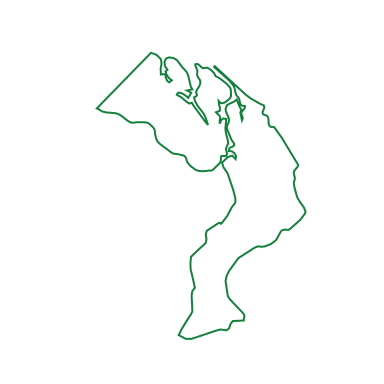 an SVG outline of Fatick, rotated 134°
{"feature_id": "SEN-764", "entity_name": "Fatick", "entity_type": "Region", "adm_level": 1, "iso_a3": "SEN", "parent_name": "Senegal", "parent_adm1": "", "projection": "equal_earth", "projection_center": [-16.406, 14.163], "detail": "fine", "context": "isolated", "style": "outline", "palette": "green", "viewbox_px": 384, "rotation_deg": 134, "n_neighbors": 0, "source": "natural_earth", "source_scale": "10m", "svg_char_len": 4083}
<svg xmlns="http://www.w3.org/2000/svg" viewBox="0 0 384 384"><g transform="rotate(134 192 192)"><path d="M149.9,190.8L142.2,190.5L137.8,188.3L138.1,183.5L135.5,185.3L134.6,188.4L135.1,191.7L136.9,194.0L134.9,195.4L133.2,195.3L131.6,194.5L129.7,194.0L128.3,194.6L127.7,196.3L127.4,198.3L126.9,200.1L122.7,209.8L121.3,212.0L119.6,213.0L116.1,214.1L114.1,215.8L112.7,218.2L110.7,223.3L109.0,225.5L105.4,227.1L101.9,226.2L98.4,224.6L94.5,224.1L98.3,215.1L98.4,213.5L101.2,212.5L105.7,205.9L103.5,206.8L101.4,211.0L99.6,212.0L96.0,212.2L94.6,212.6L93.4,213.5L95.3,216.5L95.1,218.4L92.4,222.6L91.9,224.3L91.5,227.4L90.6,229.3L87.4,234.1L86.7,236.1L85.9,242.2L86.7,263.0L85.7,263.0L84.7,221.0L83.9,214.6L81.2,204.1L79.8,200.4L81.1,198.6L85.7,196.6L86.5,195.5L86.6,194.4L86.2,193.5L85.7,192.5L85.2,191.5L85.2,189.7L85.7,188.6L89.8,184.0L90.5,182.3L90.6,181.0L90.0,180.1L89.3,179.4L88.8,178.7L88.3,177.8L90.6,165.2L98.8,134.3L99.3,133.9L100.1,133.7L105.5,133.1L106.4,132.9L107.2,132.4L107.9,131.7L108.5,130.9L110.0,128.3L111.3,127.0L112.1,126.5L113.8,125.8L115.2,124.6L117.9,120.9L122.2,113.6L123.0,111.8L124.2,107.3L125.4,100.7L127.3,96.6L129.4,95.7L136.7,94.8L150.5,95.8L152.1,96.2L152.8,97.0L154.1,98.5L155.0,99.4L156.4,100.4L157.5,100.7L158.7,100.7L167.2,98.3L168.9,98.2L174.3,99.0L179.7,101.4L181.2,102.3L183.3,104.2L185.1,106.6L186.7,107.5L189.0,108.4L206.8,112.6L209.0,112.5L222.6,110.6L228.1,108.9L232.2,106.4L232.9,105.8L241.7,94.3L242.1,93.4L242.4,92.3L242.9,89.8L243.7,71.3L243.9,70.1L244.3,69.1L244.9,68.2L245.8,67.4L247.9,66.1L248.5,65.5L256.6,73.1L260.0,72.6L264.5,70.6L267.5,71.1L271.3,76.2L276.6,79.2L298.1,90.4L301.9,94.4L304.2,102.1L298.2,104.1L289.5,106.1L281.5,107.6L277.8,108.7L274.4,112.2L266.8,120.3L263.1,122.9L258.9,123.4L252.5,133.0L248.7,139.1L244.5,143.5L239.3,147.7L227.2,147.2L219.3,146.7L215.9,148.8L212.9,152.8L209.5,154.4L195.7,151.3L194.8,150.3L194.8,149.2L193.4,149.0L185.0,150.0L175.2,152.8L170.0,153.4L168.4,154.4L166.5,156.4L162.1,163.4L153.9,179.3L152.3,186.7L150.0,190.8L149.9,190.8ZM198.0,318.5L191.3,318.5L181.2,318.5L171.1,318.4L161.0,318.4L150.9,318.3L140.8,318.3L130.6,318.2L120.4,318.2L118.8,314.9L118.0,312.6L118.1,306.5L120.9,303.0L125.0,300.3L129.1,296.0L128.2,295.4L126.6,293.7L125.7,293.2L127.7,290.6L129.3,287.2L129.0,284.6L125.7,284.1L126.1,287.6L125.3,291.8L123.6,294.8L121.2,294.5L120.1,299.1L117.5,302.2L114.3,303.4L111.2,302.1L108.4,298.2L107.6,294.2L109.0,285.5L109.3,280.1L109.8,278.0L111.2,275.1L117.0,266.1L118.0,263.0L119.0,263.8L121.5,265.4L122.4,266.1L122.1,265.1L121.2,261.5L126.9,260.1L127.2,264.5L128.3,268.6L130.2,271.0L132.6,270.5L131.3,265.5L131.0,259.9L130.4,255.6L127.9,254.0L128.8,251.1L132.3,230.7L132.6,227.1L129.0,234.0L127.5,238.2L126.2,247.3L124.6,252.7L122.4,256.3L120.2,255.5L119.0,255.5L117.4,258.4L114.5,259.6L111.1,260.2L108.0,261.5L106.2,263.4L105.7,265.2L105.4,267.1L104.6,269.1L103.7,270.2L101.8,271.6L100.7,272.8L99.1,276.8L97.9,278.3L96.2,277.3L95.7,275.1L95.7,272.4L95.4,270.1L93.9,269.1L91.8,267.2L91.0,262.8L91.2,258.3L92.3,255.5L91.3,252.5L90.7,249.1L90.1,242.1L90.3,238.3L90.8,236.2L91.8,234.8L95.6,230.8L97.5,229.9L99.6,229.8L104.4,230.5L106.6,231.4L108.2,233.2L108.0,236.1L110.3,233.4L112.1,230.2L114.3,228.4L118.0,230.1L118.0,225.3L119.2,223.1L121.3,221.8L123.6,219.5L121.5,220.4L119.3,221.0L117.3,220.5L115.7,218.1L123.0,212.2L125.7,209.0L129.9,202.2L132.2,199.6L137.5,197.6L140.0,193.4L142.0,192.5L143.3,193.3L144.6,194.9L146.0,195.9L147.6,194.8L148.5,193.8L151.2,192.1L151.3,192.1L161.7,192.4L162.6,192.7L163.5,193.3L164.4,194.3L169.1,198.2L171.3,200.7L172.5,202.5L173.5,204.8L174.2,209.6L174.3,212.4L174.1,214.8L173.6,216.5L171.9,219.7L171.3,221.4L171.5,223.2L174.8,228.8L176.8,231.2L177.8,233.4L179.7,248.4L179.7,250.0L179.6,251.7L179.1,253.4L178.3,255.1L176.4,258.2L174.1,260.9L173.1,262.3L172.7,263.8L172.6,265.3L172.5,268.5L172.7,270.4L173.2,272.3L174.8,274.5L180.0,280.1L182.6,282.1L183.8,283.3L184.8,285.1L185.5,288.0L186.2,295.1L186.8,298.3L187.7,300.4L189.1,302.6L194.3,308.9L196.5,312.7L197.4,317.0L198.0,318.5L198.0,318.5Z" fill="none" stroke="#15803d" stroke-width="2"/></g></svg>